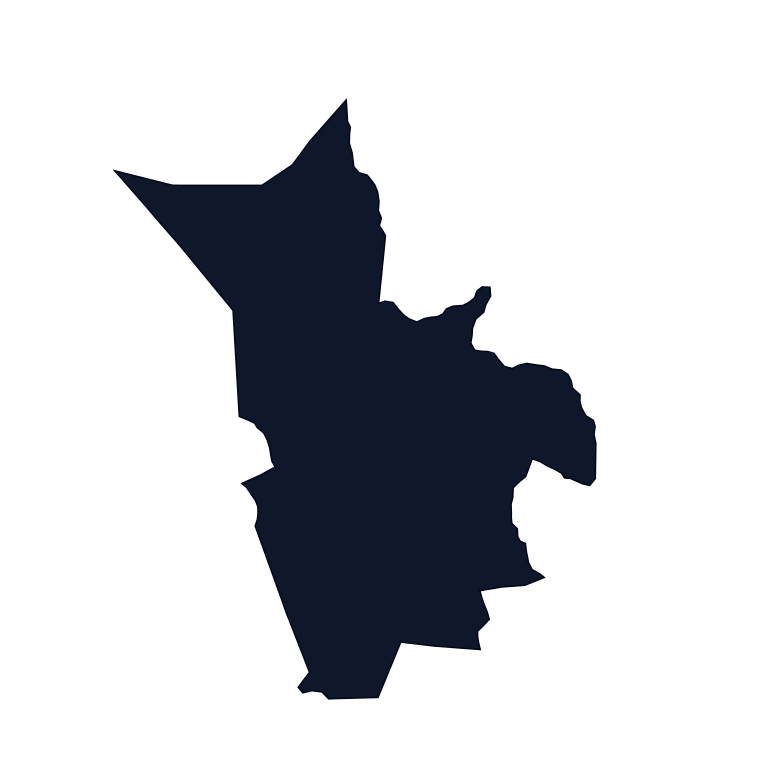 Moraújo, Ceará, Brazil, rotated 70°
{"feature_id": "56859067B38471619751725", "entity_name": "Moraújo", "entity_type": "district", "adm_level": 2, "iso_a3": "BRA", "parent_name": "Brazil", "parent_adm1": "Ceará", "projection": "robinson", "projection_center": [-40.674, -3.448], "detail": "fine", "context": "isolated", "style": "filled", "palette": "ink", "viewbox_px": 768, "rotation_deg": 70, "n_neighbors": 0, "source": "geoboundaries", "source_scale": "gbopen_adm2", "svg_char_len": 2029}
<svg xmlns="http://www.w3.org/2000/svg" viewBox="0 0 768 768"><g transform="rotate(70 384 384)"><path d="M663.0,537.3L676.5,496.8L669.8,490.7L632.3,456.5L648.0,425.2L666.4,384.4L659.6,383.6L654.1,382.6L648.3,380.7L645.5,374.2L641.1,365.6L634.2,365.0L626.1,365.3L618.6,365.2L611.0,364.6L615.0,342.9L621.3,320.4L620.6,299.6L615.3,302.8L609.1,308.3L601.2,309.2L590.6,307.6L582.2,305.7L578.3,309.8L573.1,310.6L565.8,308.2L558.8,311.5L553.4,310.2L548.4,308.3L540.4,305.7L534.7,301.8L525.7,298.1L522.1,290.1L519.5,282.6L512.4,276.5L504.9,270.2L511.0,263.2L516.7,258.7L522.6,252.6L528.6,247.7L534.0,246.6L536.5,241.1L541.3,236.2L545.8,231.4L549.7,225.4L545.2,217.8L512.2,205.2L503.1,203.9L496.1,200.1L489.8,199.7L482.8,205.2L474.3,206.5L467.5,205.9L461.3,203.5L452.3,208.2L445.4,207.0L438.2,207.8L431.6,212.5L427.4,221.1L421.8,227.2L418.6,233.6L413.5,242.7L412.4,251.3L413.3,258.1L408.8,264.8L400.6,267.9L392.7,270.2L389.0,275.4L386.7,281.0L383.3,287.1L375.2,288.4L368.4,284.6L361.9,281.8L354.3,275.4L350.7,265.8L344.3,261.2L337.9,253.8L329.3,251.3L326.3,258.7L328.5,265.0L333.9,269.3L336.1,275.3L337.2,282.8L334.5,292.4L334.7,299.6L338.3,304.7L339.0,310.8L337.3,317.3L336.3,323.9L337.0,332.0L331.3,338.2L326.0,341.9L319.7,344.5L310.5,347.6L306.4,355.0L306.5,361.5L259.5,338.8L245.2,331.9L239.8,332.7L233.5,334.2L227.3,329.7L219.1,330.0L210.6,326.2L201.0,324.3L193.8,324.6L187.8,326.3L181.9,328.4L177.0,335.2L169.6,338.0L162.4,336.4L155.9,334.9L145.6,334.2L136.9,330.7L131.3,327.8L124.8,328.5L117.7,326.3L104.1,322.3L130.4,370.5L146.7,395.0L155.6,430.8L125.1,514.4L121.3,520.2L91.5,564.1L136.4,546.7L151.6,541.1L183.0,528.9L263.2,500.7L365.0,531.1L371.4,524.0L376.5,519.0L381.7,518.0L388.7,513.8L396.7,512.9L404.3,513.2L417.8,515.7L424.8,514.8L427.4,532.1L428.8,551.6L434.2,548.5L442.6,546.5L449.7,544.6L456.2,544.5L462.7,546.7L468.0,549.4L473.4,553.6L553.4,553.9L565.0,554.1L583.4,553.6L629.4,552.6L639.6,568.3L646.4,566.1L647.6,556.5L652.1,547.7L661.0,543.6L663.0,537.3Z" fill="#0f172a" stroke="#020617" stroke-width="1.5"/></g></svg>